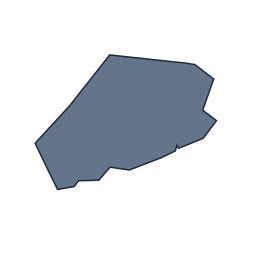 José de Freitas, Piauí, Brazil, rotated 209°
{"feature_id": "56859067B84403529519879", "entity_name": "José de Freitas", "entity_type": "district", "adm_level": 2, "iso_a3": "BRA", "parent_name": "Brazil", "parent_adm1": "Piauí", "projection": "equal_earth", "projection_center": [-42.555, -4.696], "detail": "fine", "context": "isolated", "style": "filled", "palette": "slate", "viewbox_px": 256, "rotation_deg": 209, "n_neighbors": 0, "source": "geoboundaries", "source_scale": "gbopen_adm2", "svg_char_len": 636}
<svg xmlns="http://www.w3.org/2000/svg" viewBox="0 0 256 256"><g transform="rotate(209 128 128)"><path d="M179.5,183.0L180.5,176.6L184.8,149.9L186.6,139.3L189.9,118.8L196.2,93.0L201.8,69.7L200.0,68.3L184.6,57.4L159.8,40.1L146.7,50.7L145.7,57.9L143.9,58.9L128.2,68.2L125.8,79.9L124.7,85.0L106.5,91.9L84.3,118.4L83.2,120.1L81.6,122.2L75.5,130.9L76.8,136.5L74.0,134.7L59.9,152.1L57.2,155.6L54.2,177.3L67.8,179.3L71.3,179.8L74.8,200.6L76.8,212.6L78.2,212.4L79.6,212.8L100.4,215.9L101.9,215.3L110.1,212.3L119.4,208.3L142.2,198.7L144.8,197.7L145.7,197.3L164.5,189.3L179.5,183.0Z" fill="#64748b" stroke="#1e293b" stroke-width="1.5"/></g></svg>